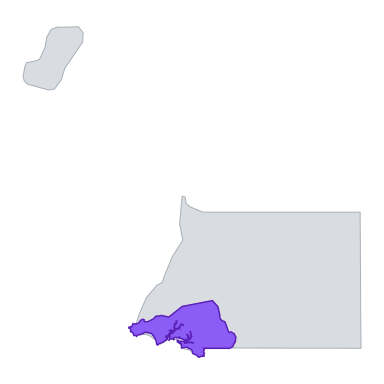 Cogo, Litoral, Equatorial Guinea (highlighted)
{"feature_id": "11065452B22787327477805", "entity_name": "Cogo", "entity_type": "district", "adm_level": 2, "iso_a3": "GNQ", "parent_name": "Equatorial Guinea", "parent_adm1": "Litoral", "projection": "orthographic", "projection_center": [9.73, 1.167], "detail": "fine", "context": "in_parent", "style": "filled", "palette": "violet", "viewbox_px": 384, "rotation_deg": 0, "n_neighbors": 0, "source": "geoboundaries", "source_scale": "gbopen_adm2", "svg_char_len": 6854}
<svg xmlns="http://www.w3.org/2000/svg" viewBox="0 0 384 384"><path d="M360.1,212.2L360.3,239.2L360.4,262.0L360.6,286.7L360.7,312.4L360.9,334.2L361.0,348.3L337.1,348.2L305.4,348.2L273.8,348.1L242.1,348.0L226.2,347.9L208.6,347.9L203.0,348.6L199.1,352.2L194.4,353.0L189.0,349.9L182.5,348.5L180.7,345.3L177.4,339.6L170.9,339.0L167.6,339.6L162.9,342.9L157.6,344.6L158.6,342.0L148.2,334.9L140.7,334.3L133.7,332.1L139.3,313.8L146.4,297.6L156.9,285.3L162.4,282.4L164.2,276.3L172.5,256.4L182.8,240.2L179.6,223.8L182.1,196.3L185.0,197.0L185.5,199.6L186.3,203.5L190.2,206.9L203.0,212.2L241.1,212.2L263.8,212.2L297.4,212.2L333.0,212.2L360.1,212.2ZM58.2,26.8L61.0,27.3L78.5,26.8L83.2,33.0L82.6,42.1L64.7,68.5L61.3,79.7L54.4,89.1L48.4,89.9L27.8,84.3L24.3,81.0L23.0,76.4L25.1,65.9L26.6,62.7L36.5,60.7L39.7,59.0L45.0,47.6L46.8,37.2L51.2,29.4L58.2,26.8Z" fill="#d9dde1" stroke="#a8b0b8" stroke-width="1"/><path d="M212.4,300.6L182.3,306.4L168.7,317.1L162.4,315.6L160.9,315.5L160.0,315.7L159.3,316.1L158.7,316.2L157.7,315.9L156.1,316.2L155.3,316.7L154.1,318.2L152.7,319.3L151.3,319.9L150.2,320.6L148.1,321.5L145.6,321.8L145.1,321.7L144.6,321.7L144.4,321.5L144.2,321.2L144.1,320.4L144.3,320.0L143.7,319.5L143.2,319.3L142.7,319.3L142.0,319.5L141.1,320.0L140.5,320.6L139.9,321.3L139.0,322.7L138.5,323.1L137.7,323.3L137.2,323.6L136.2,323.9L134.7,323.8L134.1,324.0L133.5,323.9L133.0,323.6L132.4,324.9L132.1,325.4L132.2,325.9L132.1,326.3L131.7,326.7L131.4,326.9L130.8,326.6L129.8,327.2L129.2,327.0L128.9,327.3L128.7,327.9L128.8,328.1L129.7,328.4L130.4,329.2L130.9,330.0L130.8,330.6L131.0,330.9L131.0,331.1L130.5,331.1L130.6,331.7L130.8,331.9L131.5,331.8L131.7,332.0L132.2,332.1L132.5,332.4L133.3,334.0L133.8,335.5L134.0,335.6L135.2,335.3L135.9,335.7L136.4,336.3L136.7,336.4L136.9,335.7L137.3,335.5L137.7,335.0L138.8,334.8L139.5,334.9L139.9,334.8L140.4,334.4L141.1,334.4L141.9,333.7L143.0,333.5L143.3,333.3L143.6,333.3L143.9,332.6L144.3,332.6L144.6,332.3L146.5,332.4L147.2,332.8L147.5,332.6L147.8,332.6L148.1,332.4L148.3,332.4L148.7,332.6L149.1,332.9L149.5,332.9L149.9,333.3L150.3,333.3L150.5,333.2L150.9,333.2L152.1,334.1L152.7,334.9L153.1,335.1L153.3,335.4L153.0,335.4L154.1,336.9L155.7,339.9L156.4,342.1L156.7,344.1L156.8,344.4L157.4,345.0L158.0,344.5L158.3,344.5L158.6,344.1L158.8,344.0L159.2,343.7L160.2,343.4L160.5,343.5L161.2,342.6L162.9,342.3L163.6,341.9L163.9,341.7L164.0,341.2L164.7,340.9L165.3,340.4L165.9,340.5L167.3,339.1L167.1,338.6L166.4,338.1L166.3,337.9L166.7,337.1L166.7,336.8L166.5,336.6L165.9,336.6L165.9,336.1L166.0,335.9L166.3,336.0L165.9,336.2L166.0,336.4L166.6,336.5L166.8,336.9L166.9,337.4L166.6,338.1L167.3,338.3L167.6,338.1L167.8,337.8L168.2,336.4L168.0,335.3L168.2,334.7L169.8,333.1L170.5,332.7L171.4,332.6L172.1,332.3L172.7,331.6L172.8,331.2L172.1,331.2L171.6,330.9L172.2,331.6L172.2,331.8L172.0,332.0L171.6,331.9L171.5,331.4L170.6,331.6L170.2,331.4L170.2,331.0L170.5,330.8L170.6,330.6L170.2,330.8L169.9,330.7L170.7,330.5L170.6,330.9L170.3,331.2L170.4,331.4L170.8,331.5L171.6,331.3L171.7,331.9L172.0,331.9L172.1,331.7L171.5,331.1L171.6,330.6L171.0,329.8L170.9,329.4L171.3,330.0L171.7,330.3L171.9,330.8L172.2,330.9L172.9,330.9L175.4,329.1L175.2,328.8L174.4,328.4L174.0,327.7L174.0,326.8L174.1,325.9L175.1,324.1L175.0,323.8L174.3,323.4L174.1,323.2L174.7,323.5L175.3,324.0L175.6,323.7L175.7,323.2L176.3,322.3L176.3,322.1L176.4,321.6L176.2,321.0L176.4,320.8L176.4,320.2L176.6,320.8L176.5,321.4L176.7,321.7L176.5,322.4L176.7,323.5L175.8,323.7L175.3,324.6L175.0,324.9L174.9,325.5L174.4,326.4L174.3,326.9L174.4,327.6L174.6,328.1L175.1,328.2L175.7,328.2L176.4,328.4L176.7,329.1L177.4,328.9L178.0,328.4L179.1,327.0L180.4,326.1L180.4,325.3L180.5,324.7L180.9,324.1L181.7,324.1L182.4,324.3L183.0,324.7L183.1,325.1L182.5,324.7L181.4,324.4L181.0,324.5L180.6,324.9L180.6,325.8L180.4,326.6L179.6,326.9L179.4,327.1L179.5,327.9L179.2,327.5L178.4,328.5L178.0,329.0L177.4,329.3L175.9,329.5L175.4,329.9L173.5,332.3L172.0,333.4L171.3,333.6L170.1,334.3L169.7,335.1L169.7,335.3L170.0,335.8L169.6,335.8L169.8,336.4L169.5,338.2L169.7,338.9L170.0,339.2L171.2,338.9L172.0,339.0L172.6,338.7L173.9,337.6L175.3,337.4L176.2,337.6L176.6,337.9L177.4,337.4L177.8,337.5L179.5,338.2L179.4,337.2L180.0,337.6L180.2,338.1L180.7,338.4L181.3,338.6L181.6,338.9L182.8,339.1L184.0,339.6L184.2,339.9L186.1,339.7L187.8,339.0L188.1,338.3L188.7,337.9L188.8,337.7L188.7,337.4L187.9,337.2L187.8,336.9L187.8,336.5L188.3,336.0L188.3,335.8L187.0,334.9L186.5,334.3L186.4,334.0L187.1,334.8L187.9,335.2L188.4,335.6L188.5,336.0L187.9,336.5L187.9,337.0L188.2,337.2L188.8,337.2L189.0,337.3L189.2,337.6L189.2,338.1L189.5,338.2L190.3,337.8L190.8,337.2L191.0,336.8L191.1,336.1L190.6,334.2L190.9,333.8L191.0,333.5L190.3,332.7L190.4,331.8L190.3,331.6L190.3,331.0L190.5,331.8L190.5,332.6L191.1,333.4L191.1,334.1L190.9,334.4L190.9,334.8L191.5,335.7L191.3,336.3L191.6,336.5L191.2,336.8L191.1,337.4L190.6,338.2L190.3,339.0L189.2,339.7L187.9,339.6L187.2,339.7L185.8,340.7L184.6,340.8L184.4,341.0L185.5,342.3L186.4,342.3L188.0,341.3L188.3,341.5L188.5,341.9L188.5,342.4L188.6,342.6L189.1,342.5L189.7,342.2L191.1,342.2L191.9,342.4L192.2,342.6L192.8,342.6L193.3,342.8L193.8,343.2L193.2,343.0L192.7,343.1L191.8,343.1L191.3,342.5L190.9,342.2L189.9,342.3L189.2,342.7L188.4,342.7L188.1,342.2L188.0,341.6L187.8,341.5L187.5,341.7L187.1,342.2L186.8,342.7L185.9,343.4L185.8,343.8L185.8,343.3L185.6,343.0L184.9,343.2L185.1,342.8L184.9,342.2L184.1,341.6L183.2,341.3L182.2,341.4L180.7,341.3L180.3,341.6L180.2,341.9L180.6,343.1L181.3,344.0L181.6,345.1L181.5,346.5L181.5,348.0L182.4,347.9L183.6,347.6L184.6,347.5L185.5,347.2L186.5,347.2L187.3,347.3L188.4,348.3L190.5,348.8L192.0,350.4L192.3,351.0L192.4,352.8L192.7,353.3L193.9,354.2L196.2,354.9L196.6,355.2L197.3,356.1L198.0,356.7L199.2,357.2L199.7,357.1L200.2,356.5L201.0,356.5L202.0,356.2L202.7,356.4L203.8,356.2L204.2,355.8L204.1,355.4L203.4,355.2L203.7,354.8L204.1,354.6L204.0,353.7L204.4,353.2L203.8,352.9L203.5,352.0L203.7,351.8L203.5,351.4L203.6,351.2L203.5,350.8L203.7,350.4L204.2,350.2L204.2,349.7L204.6,348.9L204.5,348.5L204.2,348.3L229.8,348.3L231.0,347.5L232.6,346.8L232.7,346.6L233.0,346.2L233.1,345.5L233.6,344.9L233.8,344.1L234.1,343.7L234.3,342.7L234.5,342.7L234.5,342.4L234.9,342.4L234.9,342.2L235.3,341.8L235.3,341.1L235.4,340.8L235.6,339.4L235.5,338.7L235.9,337.0L234.5,334.6L234.1,333.6L233.2,333.2L232.7,333.2L232.3,332.8L231.9,332.3L231.4,332.0L230.8,331.9L229.0,332.5L228.6,332.0L225.3,322.6L224.6,321.6L222.5,320.9L221.8,320.4L220.2,318.7L220.0,318.0L219.7,316.7L219.9,315.4L217.9,306.7L212.4,300.6ZM180.0,343.5L179.7,342.3L179.0,341.0L178.4,340.4L177.7,340.3L177.4,340.3L177.2,340.7L177.1,341.0L177.5,341.9L178.5,342.7L180.0,343.5ZM173.9,339.8L174.1,339.5L173.9,339.1L173.7,339.0L173.6,339.7L173.8,339.8L173.9,339.8ZM169.0,340.3L169.4,340.0L169.5,339.5L169.3,339.5L169.0,339.9L168.9,340.2L169.0,340.3Z" fill="#8b5cf6" stroke="#5b21b6" stroke-width="1.5"/></svg>